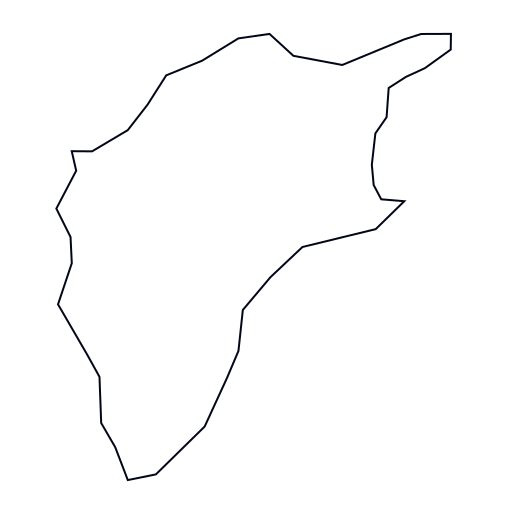 Nikokleia, Paphos, Cyprus, rotated 179°
{"feature_id": "46923920B61795442963217", "entity_name": "Nikokleia", "entity_type": "district", "adm_level": 2, "iso_a3": "CYP", "parent_name": "Cyprus", "parent_adm1": "Paphos", "projection": "natural_earth1", "projection_center": [32.57, 34.731], "detail": "fine", "context": "isolated", "style": "outline", "palette": "ink", "viewbox_px": 512, "rotation_deg": 179, "n_neighbors": 0, "source": "geoboundaries", "source_scale": "gbopen_adm2", "svg_char_len": 683}
<svg xmlns="http://www.w3.org/2000/svg" viewBox="0 0 512 512"><g transform="rotate(179 256 256)"><path d="M57.2,474.7L87.0,475.1L104.0,470.0L166.4,445.5L215.1,455.5L238.6,477.8L269.8,473.9L306.5,452.2L342.6,438.2L361.8,409.2L382.0,384.1L418.1,363.5L438.4,364.0L434.3,344.4L454.8,306.9L441.1,278.2L440.3,252.0L454.8,211.1L426.6,160.5L414.6,137.9L413.7,91.7L400.1,67.3L391.6,43.9L388.1,34.2L359.9,39.4L310.3,86.4L287.2,134.4L275.2,161.4L270.1,202.3L241.9,234.6L209.4,264.2L135.8,280.8L106.8,308.2L129.8,310.5L137.1,324.9L138.6,345.1L137.6,352.9L134.5,376.5L123.0,392.5L120.4,421.7L103.1,432.4L83.8,440.9L57.7,459.0L57.2,474.7Z" fill="none" stroke="#020617" stroke-width="2"/></g></svg>